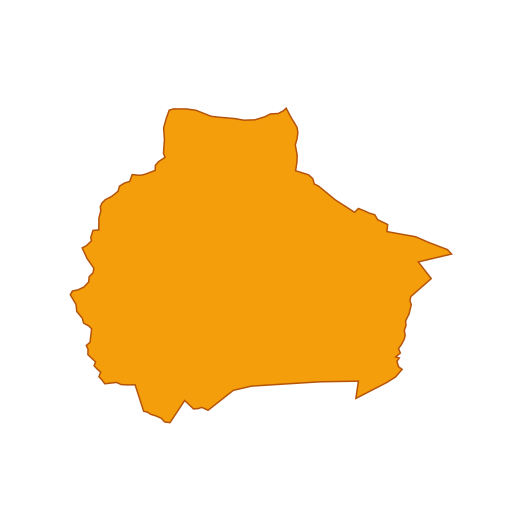 the district of Acari, Rio Grande do Norte, Brazil, rotated 255°
{"feature_id": "56859067B32204928658001", "entity_name": "Acari", "entity_type": "district", "adm_level": 2, "iso_a3": "BRA", "parent_name": "Brazil", "parent_adm1": "Rio Grande do Norte", "projection": "mercator", "projection_center": [-36.64, -6.424], "detail": "fine", "context": "isolated", "style": "filled", "palette": "amber", "viewbox_px": 512, "rotation_deg": 255, "n_neighbors": 0, "source": "geoboundaries", "source_scale": "gbopen_adm2", "svg_char_len": 1839}
<svg xmlns="http://www.w3.org/2000/svg" viewBox="0 0 512 512"><g transform="rotate(255 256 256)"><path d="M297.2,92.2L286.2,96.2L282.0,94.3L279.2,89.5L274.2,87.6L270.6,81.8L269.4,75.3L269.7,69.6L266.6,66.6L255.8,69.6L248.8,68.5L240.9,72.1L235.8,72.1L231.8,76.3L228.2,78.4L218.8,74.6L215.6,73.4L213.5,68.9L209.4,69.6L204.2,68.1L199.8,70.8L195.3,73.6L191.9,71.2L187.6,73.5L184.0,75.9L180.0,73.0L176.4,75.0L171.7,76.9L170.0,88.5L166.7,92.5L164.8,98.3L162.9,105.9L135.2,107.3L133.1,110.9L130.2,113.5L127.6,117.7L124.0,122.3L119.2,125.0L117.3,129.8L134.9,149.7L130.8,152.2L124.4,156.1L123.6,160.8L123.8,164.4L119.4,169.8L132.1,199.3L131.5,217.9L126.2,244.3L117.9,285.4L108.6,322.5L92.6,315.6L99.9,349.3L103.0,359.4L108.7,367.8L112.0,365.1L117.7,364.8L120.4,368.0L122.4,364.8L124.9,370.3L129.7,369.7L132.9,373.6L137.6,377.9L140.9,379.6L145.8,380.0L150.0,382.9L154.6,383.7L160.4,388.8L168.8,393.4L173.0,393.1L176.8,395.1L188.8,419.4L208.3,411.2L207.3,445.4L212.7,442.5L224.4,426.3L233.2,415.3L242.1,396.4L245.7,388.8L252.3,391.3L259.6,382.9L265.1,381.4L268.3,376.2L271.4,372.6L275.4,367.2L272.7,362.5L289.8,347.0L307.5,334.4L310.5,330.9L316.0,330.9L320.8,327.8L328.1,316.3L336.5,320.0L343.0,321.9L353.1,322.7L358.8,326.1L364.5,328.4L369.6,328.9L374.1,327.7L380.8,325.7L391.0,323.4L389.2,320.2L387.9,314.3L389.5,306.7L388.2,300.5L387.8,290.2L390.3,279.5L394.1,271.4L399.8,255.8L402.6,248.7L412.3,235.7L416.1,226.7L419.4,214.5L419.3,209.9L412.4,205.1L403.6,199.9L392.2,197.7L379.1,193.2L374.9,193.7L372.4,186.4L369.7,182.3L364.8,180.8L363.7,170.5L363.7,166.5L364.6,162.9L366.7,157.5L360.7,153.3L360.5,147.7L358.8,142.2L354.2,139.5L351.0,132.3L349.4,125.0L347.1,121.0L343.9,118.4L339.6,117.7L333.3,114.1L321.9,110.9L322.9,105.2L316.7,101.2L313.2,101.0L309.7,94.4L308.8,90.2L297.2,92.2Z" fill="#f59e0b" stroke="#b45309" stroke-width="1.5"/></g></svg>